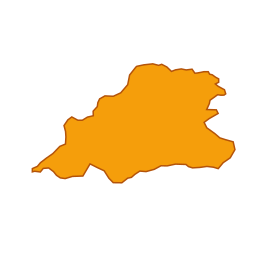 the district of Vasa Koilaniou, Limassol, Cyprus, rotated 258°
{"feature_id": "46923920B80352268926708", "entity_name": "Vasa Koilaniou", "entity_type": "district", "adm_level": 2, "iso_a3": "CYP", "parent_name": "Cyprus", "parent_adm1": "Limassol", "projection": "albers", "projection_center": [32.788, 34.84], "detail": "fine", "context": "isolated", "style": "filled", "palette": "amber", "viewbox_px": 256, "rotation_deg": 258, "n_neighbors": 0, "source": "geoboundaries", "source_scale": "gbopen_adm2", "svg_char_len": 1354}
<svg xmlns="http://www.w3.org/2000/svg" viewBox="0 0 256 256"><g transform="rotate(258 128 128)"><path d="M69.5,207.8L74.3,213.9L77.6,221.8L84.6,228.1L92.6,228.0L96.5,220.6L99.3,215.7L104.3,211.9L111.8,205.1L117.7,203.6L120.3,209.3L123.5,219.2L127.4,218.2L129.7,208.8L134.9,212.6L138.1,214.0L141.9,222.6L140.8,225.6L140.2,228.7L141.1,230.7L145.4,230.3L146.9,228.5L150.1,224.8L152.9,222.6L153.9,226.2L157.2,226.9L159.4,224.3L162.5,221.5L163.7,219.0L166.4,218.2L167.3,213.9L167.3,210.6L167.4,207.1L167.7,204.8L172.2,202.9L172.7,197.0L174.7,192.4L175.0,186.6L174.3,182.3L179.6,178.7L183.3,174.2L182.9,171.0L185.6,165.6L186.5,156.6L186.5,149.4L185.9,148.3L179.5,140.6L170.4,136.7L163.9,128.2L162.1,120.2L164.2,112.1L162.4,106.3L159.1,103.8L155.3,102.4L151.7,97.4L147.2,96.6L147.1,90.6L145.1,85.0L146.0,80.6L150.5,75.3L148.5,70.9L143.7,65.9L137.6,66.2L132.1,65.4L125.3,63.5L124.2,57.5L118.6,49.2L115.5,41.9L112.3,35.2L109.3,31.4L108.2,26.0L105.0,25.3L105.1,27.7L103.2,33.1L106.1,36.7L105.4,42.1L100.8,46.1L96.6,48.2L93.3,51.4L91.6,56.0L92.2,63.6L90.4,73.9L100.8,83.4L95.8,89.6L91.1,95.8L82.8,98.9L77.6,102.2L75.7,110.6L79.0,117.3L79.0,121.1L81.3,125.2L83.4,130.6L81.6,136.6L82.1,145.1L84.2,152.4L82.8,158.5L82.8,167.0L80.3,177.1L77.7,179.1L75.6,182.8L74.5,190.1L74.0,197.2L71.9,203.4L69.5,207.8Z" fill="#f59e0b" stroke="#b45309" stroke-width="1.5"/></g></svg>